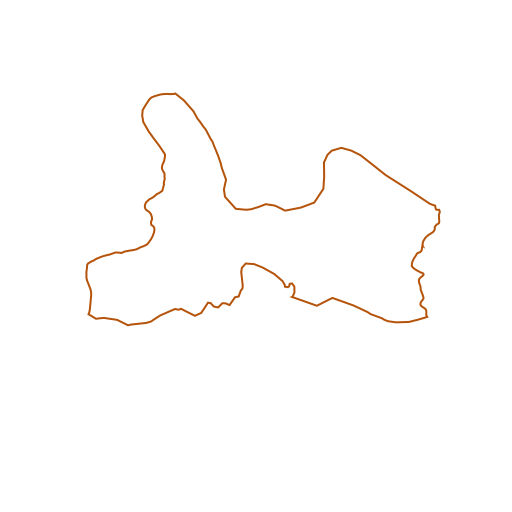 outline of At Tawilah, Al Mahwit, Yemen, rotated 304°
{"feature_id": "15242507B28032401565886", "entity_name": "At Tawilah", "entity_type": "district", "adm_level": 2, "iso_a3": "YEM", "parent_name": "Yemen", "parent_adm1": "Al Mahwit", "projection": "orthographic", "projection_center": [43.765, 15.463], "detail": "fine", "context": "isolated", "style": "outline", "palette": "amber", "viewbox_px": 512, "rotation_deg": 304, "n_neighbors": 0, "source": "geoboundaries", "source_scale": "gbopen_adm2", "svg_char_len": 4688}
<svg xmlns="http://www.w3.org/2000/svg" viewBox="0 0 512 512"><g transform="rotate(304 256 256)"><path d="M397.9,376.4L396.6,371.4L396.5,371.1L396.4,348.6L395.6,318.4L396.0,312.7L396.8,302.9L398.0,286.2L396.6,275.9L393.4,266.3L385.7,259.9L379.9,258.7L375.5,259.4L373.9,259.7L373.7,259.7L373.1,259.8L371.6,260.0L365.6,264.2L359.5,268.4L352.6,272.4L349.4,274.3L348.4,274.3L337.8,274.4L332.8,274.4L321.2,266.1L309.9,254.8L308.8,246.2L308.2,243.1L304.4,235.1L298.2,230.8L292.0,225.8L288.9,222.1L283.8,212.9L287.1,199.8L287.8,197.1L288.3,196.7L293.2,192.2L302.5,188.5L309.9,178.4L313.2,174.8L316.7,170.2L318.9,167.1L322.5,161.7L323.6,160.0L326.7,155.6L327.5,153.3L332.6,143.9L333.9,139.8L335.9,134.7L337.2,130.6L341.0,123.2L344.7,109.1L345.6,98.2L344.9,97.7L344.7,97.6L343.8,96.5L342.9,95.2L342.0,94.1L341.4,92.9L340.6,91.6L339.4,90.0L338.5,88.8L337.6,87.7L336.6,86.6L335.5,85.7L334.4,84.7L334.0,84.4L333.2,83.8L332.1,82.8L330.9,82.0L329.6,81.1L329.2,80.8L326.4,80.0L319.8,80.1L313.7,80.4L308.8,83.1L304.0,87.7L299.2,97.5L296.7,104.3L293.0,114.9L290.2,121.7L289.6,123.3L288.6,124.3L287.3,125.0L286.6,125.3L285.8,125.7L284.4,126.3L283.1,126.8L281.2,127.1L279.7,127.3L278.4,127.8L276.7,128.5L275.6,129.5L274.6,131.1L274.0,132.4L273.3,133.9L271.9,135.0L270.6,135.7L269.3,137.0L267.0,137.9L264.9,138.8L263.7,139.8L261.9,140.4L258.4,141.6L257.5,141.8L256.2,141.3L254.1,140.5L251.9,139.2L250.5,138.8L249.0,138.5L247.8,138.0L246.1,137.4L244.8,136.7L243.5,135.9L242.2,135.6L241.2,135.4L239.2,134.9L237.6,135.1L236.3,135.4L234.9,136.1L233.9,137.1L233.1,138.2L232.8,139.6L232.8,141.1L232.8,142.6L232.5,144.0L232.0,145.3L231.1,146.6L230.2,147.7L228.4,149.3L227.8,149.4L225.6,149.9L223.9,151.1L223.4,151.7L223.2,152.2L223.3,153.4L223.1,154.6L222.4,155.9L221.3,156.9L219.8,157.7L219.7,157.7L218.5,158.3L217.4,158.5L216.6,158.8L215.5,159.0L214.1,159.3L212.6,159.4L211.3,159.6L209.8,159.5L208.4,159.5L206.8,159.5L205.4,159.3L204.3,159.0L204.0,159.0L202.7,158.1L202.4,157.9L201.3,157.4L200.2,156.5L199.2,155.7L197.9,155.0L196.8,154.3L195.5,153.7L194.4,152.9L193.3,151.9L192.1,150.7L190.9,149.4L190.4,148.9L189.8,148.2L188.7,147.1L187.5,145.9L186.5,144.8L185.1,143.9L183.7,143.0L183.3,142.7L183.1,142.6L182.7,141.5L180.4,137.6L178.5,136.2L175.8,134.1L175.2,133.8L173.9,132.4L170.9,129.8L168.2,127.7L167.8,127.5L165.0,125.6L163.0,124.5L161.9,124.2L159.3,122.5L155.7,120.9L154.2,121.0L152.8,121.8L150.9,122.9L149.4,123.6L147.4,124.6L147.1,124.9L145.2,126.2L145.1,126.3L143.3,127.4L141.1,129.8L139.5,132.2L138.7,133.3L136.0,137.2L133.9,139.4L131.5,141.2L118.5,148.3L115.4,149.5L114.1,149.7L114.5,158.5L114.9,158.9L116.8,161.1L117.4,161.8L119.8,164.8L120.0,165.3L125.4,176.6L127.0,188.6L129.6,191.1L137.0,199.9L139.3,202.6L143.3,205.8L145.1,206.4L153.1,209.8L166.8,218.5L168.1,221.8L170.2,223.3L170.3,223.5L171.7,234.6L172.3,238.8L178.1,242.4L184.7,242.4L190.5,242.3L191.6,244.8L190.5,249.3L192.2,253.4L198.0,254.5L199.7,257.2L200.5,261.5L210.1,261.7L212.8,264.3L219.0,262.7L219.9,262.9L221.6,262.9L224.1,261.5L229.3,257.1L234.6,252.6L237.7,251.2L238.2,250.9L244.0,251.7L248.2,258.9L250.1,267.7L251.3,281.1L250.0,292.2L248.1,296.0L246.7,297.1L248.0,299.9L249.6,300.4L251.7,299.5L253.4,301.2L252.1,304.9L247.2,308.3L242.7,309.1L242.2,308.8L248.8,334.3L261.2,341.2L264.0,342.9L269.5,364.5L271.9,379.9L271.9,383.5L274.8,395.2L274.8,397.3L275.6,401.6L279.3,409.2L286.8,419.6L293.2,425.4L299.7,430.8L301.3,432.0L301.9,430.7L303.1,429.5L304.5,428.8L305.9,427.7L306.0,427.5L306.7,426.6L306.9,425.1L306.9,423.7L306.9,422.1L307.0,420.6L307.9,419.3L309.1,418.7L310.5,418.5L311.8,418.6L313.3,418.7L314.7,418.5L315.8,417.4L316.7,416.3L317.8,414.7L318.6,413.6L319.5,412.1L320.5,411.1L321.6,410.3L322.7,409.4L323.7,408.0L324.6,406.9L325.8,405.4L327.1,404.5L328.6,404.2L330.1,404.4L331.4,404.8L332.9,405.3L333.8,405.3L334.3,405.4L335.0,404.2L334.8,402.8L334.4,401.5L334.3,400.1L334.1,398.3L334.0,396.6L334.0,395.3L334.0,393.9L334.2,392.5L334.8,390.7L335.2,390.5L336.7,389.6L338.1,389.1L339.5,388.7L340.4,388.6L340.9,388.5L342.3,388.3L343.1,388.3L343.9,388.3L345.4,388.3L347.1,388.2L348.5,388.2L349.8,389.1L351.0,389.9L352.4,390.2L352.5,390.2L353.8,390.0L355.4,389.1L356.9,388.6L357.6,388.2L357.6,388.6L357.9,388.1L358.4,387.9L359.6,387.2L360.9,386.6L362.8,386.3L364.2,386.3L365.6,386.2L367.2,386.5L368.3,386.8L368.6,386.8L370.0,387.3L371.4,387.9L372.7,388.5L374.1,389.1L375.6,389.5L375.9,389.5L377.1,389.5L378.6,389.0L379.3,388.4L379.7,388.1L381.5,388.0L383.0,388.2L383.2,388.3L384.4,388.9L385.7,389.3L387.0,388.7L388.1,387.9L389.5,386.7L390.7,386.0L391.9,384.9L393.4,384.3L394.9,383.9L396.0,383.1L396.7,381.9L395.9,380.8L395.2,379.6L395.9,378.3L396.8,377.4L397.9,376.4Z" fill="none" stroke="#b45309" stroke-width="2"/></g></svg>